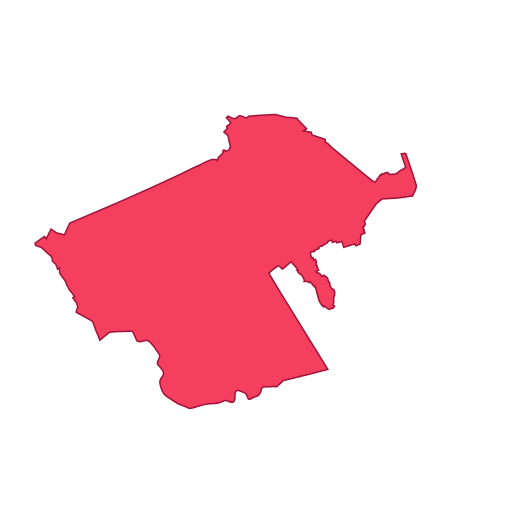 outline of Jamay, Jalisco, Mexico, rotated 57°
{"feature_id": "50627088B96170211471605", "entity_name": "Jamay", "entity_type": "district", "adm_level": 2, "iso_a3": "MEX", "parent_name": "Mexico", "parent_adm1": "Jalisco", "projection": "natural_earth1", "projection_center": [-102.668, 20.293], "detail": "fine", "context": "isolated", "style": "filled", "palette": "rose", "viewbox_px": 512, "rotation_deg": 57, "n_neighbors": 0, "source": "geoboundaries", "source_scale": "gbopen_adm2", "svg_char_len": 6096}
<svg xmlns="http://www.w3.org/2000/svg" viewBox="0 0 512 512"><g transform="rotate(57 256 256)"><path d="M284.0,83.1L283.6,82.9L275.8,80.8L273.9,80.2L251.7,74.6L250.7,75.5L250.6,75.8L250.6,76.0L249.4,78.6L259.5,81.2L263.2,82.1L263.2,86.6L262.9,87.1L263.3,93.2L263.2,93.5L263.3,94.1L260.1,100.0L259.1,99.8L257.3,100.3L256.6,102.7L257.0,103.0L255.6,106.0L256.6,106.5L255.7,107.9L256.7,109.9L257.1,110.9L257.5,111.4L257.4,112.4L257.8,112.4L258.4,114.0L258.9,116.0L255.8,117.6L246.1,120.8L206.7,133.2L200.6,134.6L198.8,135.8L195.8,134.5L185.0,143.1L182.3,142.2L177.0,148.1L177.0,144.2L164.2,146.7L163.3,146.6L162.9,146.5L160.6,149.3L159.3,150.8L157.4,153.3L156.6,154.6L148.0,162.5L147.0,164.1L142.8,171.5L139.7,176.7L137.0,182.0L135.2,185.1L134.8,186.2L135.1,188.2L134.9,188.9L134.3,189.5L133.2,190.2L131.5,191.4L129.7,193.0L129.4,193.5L129.2,194.5L129.3,196.0L129.5,197.6L129.4,198.7L129.3,198.8L128.3,200.1L127.7,200.6L126.4,201.5L123.5,203.2L123.8,205.5L130.6,204.6L130.8,205.6L131.1,206.3L131.3,207.0L131.1,208.5L131.3,209.8L132.1,210.4L133.3,210.2L134.5,215.4L139.7,214.0L150.9,218.2L150.8,218.6L150.9,219.1L151.7,219.8L152.3,221.5L152.0,223.2L151.4,224.8L150.9,224.8L150.3,224.5L149.9,224.8L149.5,225.6L149.9,226.5L150.2,226.7L151.7,227.7L151.9,228.2L151.9,229.2L152.5,231.8L152.6,233.3L153.8,235.1L155.1,236.5L154.6,236.7L153.8,236.7L152.4,238.3L151.0,240.5L150.3,243.7L149.7,247.0L149.5,249.4L149.2,251.0L149.3,253.9L149.0,253.9L147.9,261.0L146.2,275.2L142.3,302.5L136.8,337.7L134.8,349.3L127.0,394.2L129.9,399.0L133.9,405.1L128.2,410.5L121.8,413.3L127.3,422.5L126.5,422.5L124.4,422.8L124.9,434.4L127.2,435.0L132.0,431.3L139.9,429.4L142.1,428.7L144.6,427.9L146.9,428.3L149.6,429.5L152.4,428.9L153.5,428.4L155.8,428.8L156.7,428.7L157.6,429.3L158.9,429.6L159.0,426.4L159.3,428.0L159.9,428.4L160.6,428.5L162.1,429.0L163.2,429.9L167.8,429.9L169.5,429.7L173.7,429.6L174.2,429.8L174.5,430.0L177.7,430.5L179.7,430.6L182.5,431.0L184.3,430.7L188.2,430.4L191.3,430.3L191.2,432.4L198.0,432.1L201.7,433.3L205.0,437.4L205.3,437.4L210.8,434.4L213.9,432.8L219.7,429.7L221.7,428.8L223.0,428.9L230.3,430.6L234.1,431.4L236.4,431.7L241.6,432.9L240.6,424.5L240.2,420.2L241.9,417.0L245.2,411.2L246.6,409.2L250.4,402.6L251.9,400.8L253.7,400.8L259.3,401.6L261.1,401.9L262.1,402.0L263.1,401.5L263.8,401.0L264.4,400.5L264.8,399.7L265.7,397.5L266.4,395.6L266.9,394.1L267.2,393.6L267.6,393.2L268.2,392.8L268.9,392.4L269.7,392.1L271.7,391.6L274.5,391.2L277.0,390.9L283.1,390.8L285.2,390.7L286.6,390.9L287.2,391.2L287.7,391.5L288.4,392.0L289.4,393.4L290.3,395.0L290.8,395.7L291.3,396.3L291.8,396.8L292.5,397.2L293.2,397.5L294.9,397.4L296.1,397.1L297.3,396.9L300.1,396.7L301.3,396.6L302.1,396.7L303.6,397.3L304.3,397.7L305.3,398.7L305.9,399.6L306.3,400.6L306.6,401.5L307.1,402.8L307.7,403.6L308.5,404.6L309.3,405.3L311.6,406.4L314.4,407.3L317.3,408.0L318.8,408.2L321.4,408.3L322.5,408.1L324.3,407.6L326.0,407.0L332.7,404.1L336.9,402.1L338.5,401.1L340.3,399.9L343.7,397.4L346.9,395.4L347.4,394.8L348.0,393.9L348.7,392.6L350.8,385.6L351.4,383.3L352.0,381.3L353.2,378.3L355.1,374.6L356.9,371.6L358.0,369.4L358.7,367.8L359.6,364.5L359.9,363.1L360.1,361.4L360.2,361.0L360.6,360.3L361.3,359.5L362.4,358.5L364.3,357.4L365.3,356.3L365.7,355.8L366.0,355.1L366.1,354.6L366.1,354.1L365.7,353.2L365.2,352.5L364.1,351.3L360.3,348.8L359.4,347.9L358.9,347.1L358.6,346.4L358.4,345.6L358.5,345.1L358.9,344.4L359.5,343.7L361.9,341.9L364.8,340.0L365.4,339.7L366.1,339.6L366.9,339.5L368.4,339.7L369.3,339.9L370.0,340.1L371.0,340.3L371.7,340.3L372.4,339.9L372.7,339.4L372.9,338.9L373.0,338.3L373.2,335.4L373.4,334.3L373.9,331.9L374.2,331.0L374.3,330.4L374.1,329.1L373.3,327.4L372.9,326.6L370.2,323.5L369.9,322.8L369.8,322.1L369.9,321.5L370.4,320.2L375.1,312.4L375.9,311.1L376.6,310.2L377.0,309.8L376.6,308.6L376.5,307.8L376.0,303.9L375.3,301.5L375.9,299.4L376.5,297.6L377.4,295.0L378.3,292.7L379.7,288.5L381.0,285.2L380.8,285.2L382.5,280.4L382.7,280.1L390.2,257.5L338.1,256.3L316.9,255.8L295.7,255.3L277.5,254.6L277.2,252.8L277.0,252.4L276.6,248.7L276.3,247.8L276.5,246.0L276.5,245.5L276.2,243.2L276.6,242.4L277.7,241.8L281.3,241.1L281.4,240.9L281.0,236.5L280.8,236.3L280.7,235.7L280.0,229.7L290.3,228.2L290.1,229.5L290.7,229.3L291.1,229.3L292.4,229.6L293.4,229.4L294.9,229.0L297.3,228.0L300.9,228.3L303.7,228.9L303.7,229.2L305.5,226.8L307.1,225.7L307.5,225.6L307.4,224.6L313.6,223.8L313.7,222.9L314.8,223.3L319.7,224.8L326.8,227.2L330.4,227.7L333.8,227.6L334.0,227.5L333.8,227.0L335.3,227.1L335.5,226.8L335.5,226.3L335.3,225.8L336.1,225.9L336.7,225.5L339.1,224.5L340.5,223.7L340.9,223.1L341.2,221.3L341.8,219.3L341.3,218.5L341.0,217.5L340.5,217.4L339.7,217.7L339.1,218.1L338.2,217.4L337.6,216.2L336.8,215.9L336.2,215.3L334.6,214.6L334.3,214.4L333.4,213.6L331.8,211.6L331.6,211.2L330.5,210.8L330.2,210.4L329.8,210.0L329.2,209.8L328.6,209.4L326.4,209.0L324.4,210.4L320.3,209.8L319.8,209.6L319.3,209.1L318.7,208.9L318.2,208.8L315.8,208.9L314.6,208.3L313.6,208.1L312.7,208.1L311.2,208.6L311.0,209.2L309.2,209.3L309.0,211.7L308.8,211.6L308.1,211.8L305.5,212.1L304.1,212.9L303.3,213.8L302.2,214.2L301.7,214.1L302.1,211.2L300.3,211.0L299.7,211.0L299.5,210.7L298.7,210.6L298.4,210.4L297.0,210.1L296.8,210.5L295.4,210.1L294.0,208.5L291.0,208.0L290.8,209.9L288.2,209.1L288.0,210.5L285.9,209.9L282.3,208.2L284.1,204.5L283.1,203.8L283.2,203.2L283.4,203.2L283.5,202.7L283.4,201.8L284.0,200.4L284.1,199.2L282.8,199.0L283.1,195.3L283.7,195.2L283.6,191.6L283.9,189.7L283.4,188.5L283.4,187.9L282.9,187.5L283.9,183.8L286.2,184.5L287.3,180.8L288.8,181.2L289.7,179.1L290.5,176.2L293.2,176.7L296.5,177.7L298.6,170.3L299.8,166.4L301.1,166.8L301.8,166.8L302.7,162.3L295.5,156.6L295.6,155.1L296.0,152.1L293.6,151.7L293.6,151.8L292.8,151.0L292.7,151.1L291.5,151.0L290.3,151.2L290.3,149.8L290.1,149.6L289.6,149.4L289.9,148.5L289.3,147.8L288.9,147.6L288.7,147.0L288.6,146.8L285.9,146.3L277.8,126.9L277.0,120.8L276.9,119.0L277.1,118.6L280.4,112.9L284.4,105.9L284.4,105.7L284.8,104.8L285.5,103.7L286.7,101.1L287.7,99.0L288.0,98.3L288.5,97.3L289.3,95.4L291.0,91.9L289.5,89.7L287.7,86.6L285.9,84.5L284.0,83.1Z" fill="#f43f5e" stroke="#9f1239" stroke-width="1.5"/></g></svg>